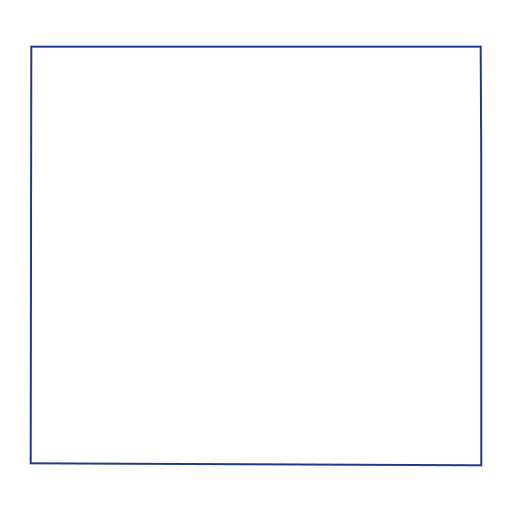 the district of Palo Alto, Iowa, United States of America
{"feature_id": "52423323B23410218305479", "entity_name": "Palo Alto", "entity_type": "district", "adm_level": 2, "iso_a3": "USA", "parent_name": "United States of America", "parent_adm1": "Iowa", "projection": "natural_earth1", "projection_center": [-94.678, 43.082], "detail": "fine", "context": "isolated", "style": "outline", "palette": "blue", "viewbox_px": 512, "rotation_deg": 0, "n_neighbors": 0, "source": "geoboundaries", "source_scale": "gbopen_adm2", "svg_char_len": 193}
<svg xmlns="http://www.w3.org/2000/svg" viewBox="0 0 512 512"><path d="M31.3,46.7L30.7,463.3L481.3,465.3L481.2,150.6L480.7,46.7L31.3,46.7Z" fill="none" stroke="#1e3a8a" stroke-width="2"/></svg>